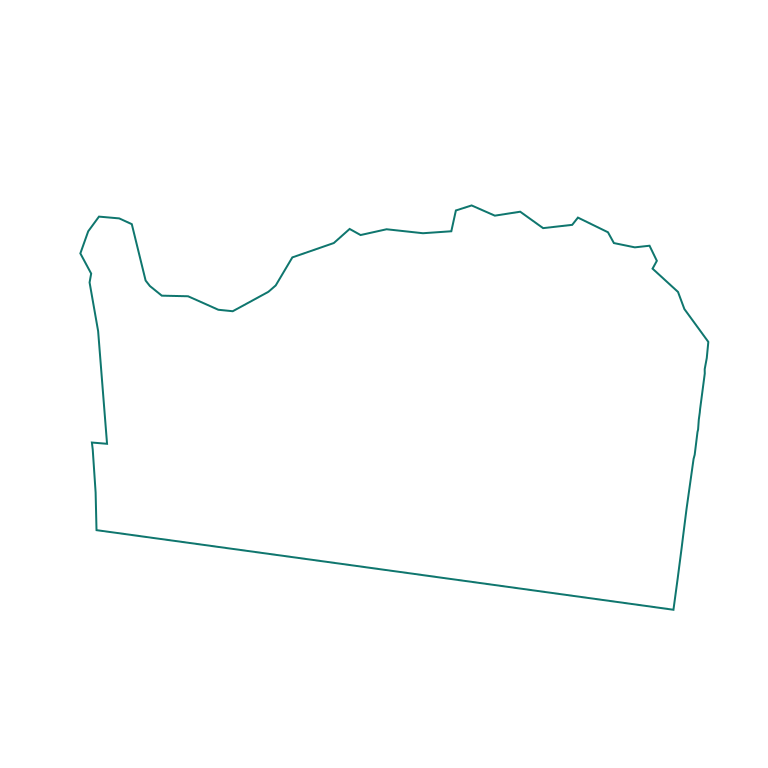 Santa Rosa, Florida, United States of America (Equal Earth projection), rotated 97°
{"feature_id": "52423323B90270003054506", "entity_name": "Santa Rosa", "entity_type": "district", "adm_level": 2, "iso_a3": "USA", "parent_name": "United States of America", "parent_adm1": "Florida", "projection": "equal_earth", "projection_center": [-87.113, 30.667], "detail": "fine", "context": "isolated", "style": "outline", "palette": "teal", "viewbox_px": 768, "rotation_deg": 97, "n_neighbors": 0, "source": "geoboundaries", "source_scale": "gbopen_adm2", "svg_char_len": 936}
<svg xmlns="http://www.w3.org/2000/svg" viewBox="0 0 768 768"><g transform="rotate(97 384 384)"><path d="M477.7,666.8L484.6,665.1L526.9,657.0L563.0,651.7L564.1,651.5L568.3,366.5L572.8,69.2L572.6,69.2L540.7,68.8L539.7,68.8L510.3,68.6L499.5,68.6L471.1,68.5L420.6,67.6L416.4,67.0L400.1,67.0L393.5,67.0L390.9,66.7L381.1,67.2L373.7,67.1L370.5,67.2L334.5,66.9L330.2,67.5L318.9,66.8L303.3,67.2L302.6,67.3L273.0,95.0L256.8,103.4L236.8,131.5L228.5,128.2L214.4,137.3L217.8,151.7L216.1,173.0L206.1,180.2L195.2,211.8L203.1,216.6L209.9,245.1L196.4,269.8L203.4,294.5L196.1,318.8L203.0,333.8L224.2,335.8L229.6,363.7L230.1,400.3L239.0,425.4L234.3,437.0L250.2,451.0L269.5,490.4L299.4,503.5L306.6,510.0L330.2,543.0L330.5,557.5L320.8,589.2L323.4,615.3L315.3,628.3L310.4,633.2L256.1,653.8L251.9,667.0L252.6,687.3L268.5,696.2L291.4,701.3L310.1,688.1L319.1,688.6L366.3,674.2L477.1,651.6L477.7,666.8Z" fill="none" stroke="#0f766e" stroke-width="2"/></g></svg>